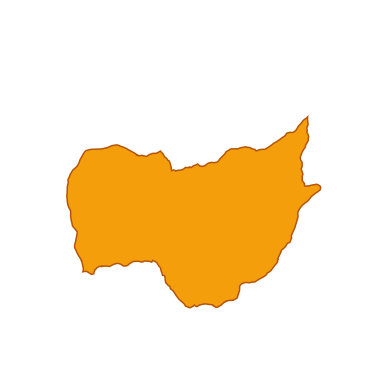 Rupea, Brasov, Romania, rotated 126°
{"feature_id": "2599482B21199067234878", "entity_name": "Rupea", "entity_type": "district", "adm_level": 2, "iso_a3": "ROU", "parent_name": "Romania", "parent_adm1": "Brasov", "projection": "robinson", "projection_center": [25.187, 46.055], "detail": "fine", "context": "isolated", "style": "filled", "palette": "amber", "viewbox_px": 384, "rotation_deg": 126, "n_neighbors": 0, "source": "geoboundaries", "source_scale": "gbopen_adm2", "svg_char_len": 5977}
<svg xmlns="http://www.w3.org/2000/svg" viewBox="0 0 384 384"><g transform="rotate(126 192 192)"><path d="M320.7,233.4L319.1,231.9L318.1,230.3L317.8,225.4L317.5,224.6L316.0,223.4L314.6,224.1L313.4,224.2L312.2,224.9L310.8,224.4L309.7,224.5L307.4,223.6L304.7,221.4L304.7,221.1L305.1,221.0L303.2,219.1L301.4,216.3L300.8,215.1L300.3,214.7L296.7,213.0L293.8,210.7L293.6,210.4L292.9,209.0L292.3,207.4L292.2,205.7L292.3,204.9L292.0,203.7L290.8,202.2L289.7,201.2L288.7,200.8L286.7,200.4L283.8,199.2L282.8,198.7L281.5,197.2L279.8,195.0L279.1,193.7L278.6,192.3L278.0,191.2L277.1,190.5L275.8,189.9L275.1,189.1L274.6,187.9L273.9,187.0L273.3,185.9L272.8,184.7L272.4,183.4L270.4,183.6L269.9,180.7L269.8,178.9L271.6,174.7L271.8,173.1L272.5,172.2L273.5,171.2L274.2,170.3L275.0,169.0L276.7,166.9L276.5,166.4L275.9,165.7L276.0,164.9L276.3,164.5L277.2,163.4L279.1,161.8L280.6,160.2L280.9,159.5L281.1,158.1L281.3,157.7L281.7,155.9L281.4,155.3L281.4,154.5L281.4,154.3L283.0,152.7L283.0,150.9L283.1,148.9L285.1,143.8L286.4,139.7L286.8,135.9L287.0,132.9L288.1,130.2L287.0,125.8L285.7,124.9L283.3,123.8L282.0,123.6L282.2,121.9L281.8,120.6L278.9,119.5L278.1,118.6L276.5,117.4L275.1,116.0L275.1,115.7L274.3,114.9L274.0,114.4L273.8,113.6L272.2,110.9L271.9,110.2L271.4,109.6L271.4,109.1L271.2,108.5L271.2,108.3L271.5,108.2L271.4,107.8L271.5,107.3L271.3,107.0L271.2,106.5L271.4,105.5L271.2,104.8L270.5,103.9L270.1,103.6L269.2,103.1L268.6,103.1L267.8,102.6L267.3,102.5L267.0,102.3L266.9,102.0L265.1,101.8L264.5,101.5L263.1,101.4L262.5,101.2L262.1,100.7L261.8,100.6L261.5,100.5L260.9,100.8L260.7,100.7L260.5,100.3L260.1,100.2L260.0,99.9L259.4,99.6L259.2,99.1L258.4,98.7L257.5,97.8L256.8,96.6L256.1,96.1L255.3,95.0L254.6,94.8L253.4,94.1L252.6,93.9L252.0,93.4L251.0,93.3L249.8,93.6L248.8,94.2L248.3,94.2L248.1,94.4L247.6,94.3L246.9,94.5L246.2,95.0L246.0,94.9L245.1,95.3L244.7,95.3L243.5,95.8L242.6,96.4L241.3,97.4L240.7,97.6L240.4,97.9L239.8,98.2L238.0,98.1L236.3,97.6L233.5,95.2L233.2,94.8L231.7,92.2L231.1,91.7L230.1,91.0L229.4,90.4L228.8,89.3L228.3,88.7L227.3,88.1L224.1,86.9L218.6,84.3L216.1,83.4L214.5,83.2L213.6,83.4L213.2,83.4L210.8,82.4L209.5,82.0L207.7,81.9L205.7,82.0L203.6,81.8L202.4,81.9L199.3,81.6L198.3,81.7L197.9,81.8L197.1,82.6L195.7,82.6L195.6,83.4L188.8,84.7L186.6,85.3L185.4,85.3L184.3,84.8L183.3,84.6L181.8,84.4L180.3,84.4L177.9,84.6L177.2,84.5L175.8,83.6L175.0,83.3L174.6,83.3L173.3,83.7L172.4,84.0L170.8,84.3L170.1,85.1L168.6,86.2L167.4,86.3L164.4,87.0L160.8,87.7L153.7,90.2L149.8,91.7L149.1,92.1L147.4,93.7L146.5,94.2L145.5,94.6L142.3,95.1L137.6,94.9L135.9,94.4L135.1,94.4L133.8,93.7L132.8,93.6L131.5,93.1L130.8,92.9L125.4,92.8L123.2,92.2L119.2,91.0L117.7,90.3L116.4,90.0L115.1,89.6L114.6,89.7L113.1,90.4L112.3,91.1L111.9,92.5L111.9,92.9L112.4,95.5L112.6,95.9L113.4,96.6L114.3,97.4L114.9,98.1L118.7,101.5L120.1,103.0L120.8,104.1L120.8,104.6L120.6,104.8L119.0,106.1L118.1,109.3L117.0,110.4L115.7,111.1L115.0,111.8L114.4,112.1L112.8,112.6L112.3,112.9L111.4,114.0L110.7,115.0L110.2,115.6L109.3,117.2L107.5,117.6L105.6,118.5L104.6,119.4L104.0,119.7L103.3,120.5L102.2,122.9L101.9,123.3L101.5,123.8L100.2,124.7L99.1,125.2L95.8,126.2L91.9,126.7L89.7,126.7L88.1,127.1L86.9,127.7L83.3,128.0L82.5,128.1L82.1,128.4L81.3,128.6L80.3,129.5L79.0,129.9L78.4,130.4L77.7,131.3L77.4,132.0L76.8,132.7L76.5,133.8L75.5,134.5L74.7,134.7L74.4,134.9L73.3,136.3L72.8,136.7L71.5,137.2L69.3,137.6L67.9,139.0L66.3,140.3L65.5,141.2L63.3,142.6L64.9,142.8L66.0,143.3L67.9,143.9L69.1,144.1L72.8,144.1L74.8,144.5L76.8,144.6L79.6,144.2L80.5,144.2L81.9,144.4L82.8,144.6L84.5,145.4L84.8,145.7L85.6,147.0L86.4,148.0L88.4,149.7L89.2,149.9L90.4,149.8L92.4,149.9L94.7,150.9L98.5,152.0L99.3,152.4L101.0,152.9L104.5,154.5L108.1,155.5L113.3,157.5L114.1,157.9L114.9,158.4L115.8,159.8L117.8,162.0L118.9,162.9L120.2,163.5L120.9,164.2L121.1,164.8L120.6,166.3L121.5,168.0L122.1,171.5L123.3,173.3L123.6,174.7L125.2,176.4L127.1,178.2L128.5,179.3L129.3,179.7L130.5,180.7L131.9,182.8L132.9,183.9L133.6,185.0L135.0,186.4L135.2,186.5L136.1,186.5L138.3,187.6L139.3,188.0L140.1,188.1L140.9,188.0L142.4,187.7L143.4,188.1L144.1,188.2L149.3,188.9L149.7,188.8L150.9,188.8L152.6,189.1L153.4,189.6L154.7,190.7L155.3,191.4L156.2,193.1L156.8,193.8L158.3,195.1L159.4,195.9L162.0,196.7L163.2,197.0L164.4,198.1L165.4,198.8L165.5,199.2L165.7,199.8L165.9,199.9L166.4,200.7L166.0,203.9L167.4,204.5L168.2,204.9L169.5,206.1L171.3,206.6L172.8,207.2L173.1,207.5L173.0,208.6L173.2,208.9L174.2,209.1L174.6,209.4L175.6,211.1L176.1,211.8L178.5,212.3L181.4,214.3L181.8,215.2L182.4,215.9L184.7,217.7L184.5,218.4L184.6,219.2L184.8,219.6L186.1,220.6L186.6,220.8L186.2,221.2L185.9,222.1L184.3,223.2L184.0,223.8L183.5,224.2L182.3,225.8L182.0,226.3L181.3,227.0L180.8,227.9L180.3,228.6L180.3,229.6L180.5,230.3L180.4,230.8L179.9,231.7L179.7,232.7L179.6,235.0L178.2,237.9L177.5,241.7L178.6,242.1L180.0,242.7L182.1,244.1L182.7,244.8L183.0,245.6L183.3,245.8L184.5,247.0L185.8,247.9L187.3,248.8L189.8,249.4L190.9,251.8L191.7,253.8L192.0,254.3L193.2,255.4L193.7,255.8L194.2,256.9L194.0,257.7L194.3,258.0L194.7,258.6L194.2,258.8L194.3,261.4L195.2,268.5L195.4,270.6L195.8,272.8L196.2,274.3L196.8,275.9L197.4,278.9L198.3,280.8L198.7,281.3L199.6,282.0L200.6,283.1L201.9,284.3L202.9,284.8L205.6,286.4L209.6,289.8L211.0,291.3L217.0,298.9L220.8,302.1L222.9,302.4L226.2,302.2L232.4,301.4L233.3,301.0L235.2,300.5L238.0,300.1L241.0,300.5L244.2,301.3L246.5,301.1L249.5,300.9L250.9,300.3L254.1,299.8L255.2,299.4L255.5,299.3L256.0,298.6L256.6,298.0L258.8,296.9L260.5,296.3L262.0,295.3L263.1,294.5L264.6,293.6L266.6,292.2L268.9,290.9L270.1,289.8L271.9,288.1L272.8,287.5L273.4,286.8L274.0,286.4L274.2,285.9L275.1,285.3L276.9,282.6L278.6,279.1L279.8,278.1L281.7,276.9L283.2,275.7L285.7,273.2L289.8,268.6L291.3,262.6L291.8,261.2L299.8,257.4L304.8,255.3L305.8,254.4L306.3,253.7L307.4,251.5L307.9,250.7L309.3,248.2L310.0,246.8L311.6,242.6L312.0,241.8L312.7,241.2L312.4,240.8L314.4,238.8L315.0,238.0L318.0,234.7L319.9,233.6L320.7,233.4Z" fill="#f59e0b" stroke="#b45309" stroke-width="1.5"/></g></svg>